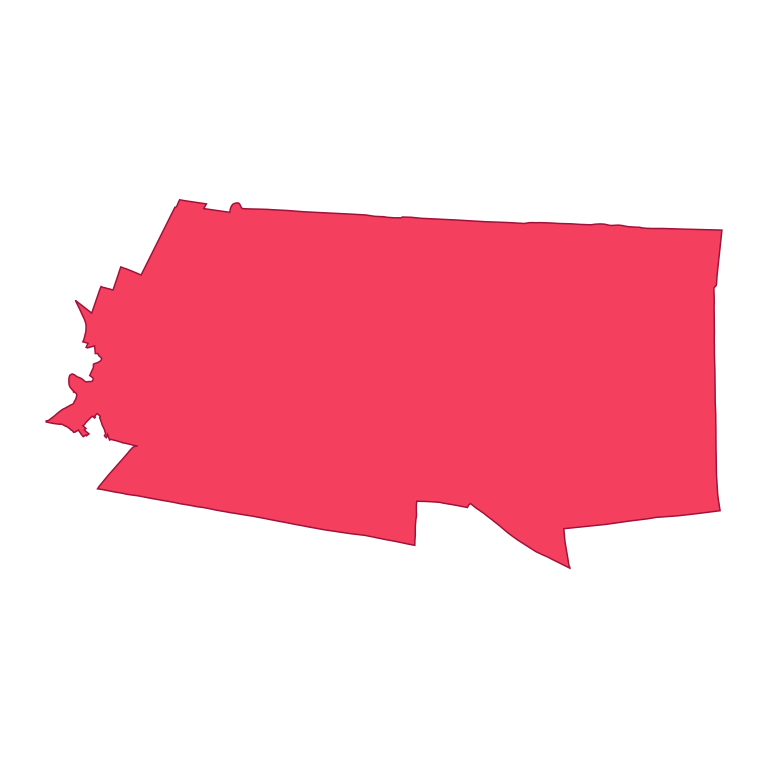 outline of Cuza Voda, Galati, Romania
{"feature_id": "2599482B54089289556757", "entity_name": "Cuza Voda", "entity_type": "district", "adm_level": 2, "iso_a3": "ROU", "parent_name": "Romania", "parent_adm1": "Galati", "projection": "equal_earth", "projection_center": [27.809, 45.588], "detail": "fine", "context": "isolated", "style": "filled", "palette": "rose", "viewbox_px": 768, "rotation_deg": 0, "n_neighbors": 0, "source": "geoboundaries", "source_scale": "gbopen_adm2", "svg_char_len": 5961}
<svg xmlns="http://www.w3.org/2000/svg" viewBox="0 0 768 768"><path d="M75.3,300.3L79.6,309.0L81.9,314.1L84.5,319.5L85.2,321.6L85.9,324.0L86.1,326.6L85.9,331.3L83.9,339.5L82.8,341.8L88.0,343.3L86.1,347.3L87.3,347.9L87.7,347.8L94.6,345.9L95.3,353.6L97.3,353.6L97.9,353.5L98.2,354.5L98.9,355.7L100.4,357.1L101.4,358.2L101.7,358.9L101.1,360.0L100.3,361.1L99.2,361.7L98.1,362.4L96.3,363.1L94.2,363.7L93.9,363.9L93.4,364.3L93.4,366.5L93.3,367.7L89.7,375.5L90.0,375.7L90.3,376.0L91.1,376.5L91.9,377.1L92.8,377.8L93.1,378.5L93.2,379.3L93.1,379.9L92.8,380.2L92.4,380.9L92.0,381.3L91.4,381.5L91.0,381.6L90.8,381.6L90.4,381.6L90.1,381.5L89.4,381.5L88.0,381.6L86.1,382.0L84.3,380.9L83.3,379.9L82.1,379.1L81.6,378.6L79.9,377.8L78.6,377.3L77.9,377.1L76.9,376.7L75.3,375.4L74.4,374.8L72.6,374.0L71.6,374.1L69.7,375.4L69.1,377.5L68.9,378.5L68.9,379.5L68.9,382.6L69.1,384.6L69.2,385.0L69.6,386.3L69.9,386.8L71.0,388.4L71.9,389.4L72.5,390.0L73.6,391.2L73.9,391.6L73.5,391.9L73.9,392.4L74.6,392.0L75.3,392.6L76.3,393.6L76.7,394.4L76.7,395.2L76.7,395.5L76.5,396.7L75.9,398.7L75.1,400.2L74.6,401.0L73.8,402.7L73.3,403.6L72.9,404.1L72.6,404.2L71.5,404.7L70.1,405.3L69.4,405.8L67.8,406.6L66.4,407.4L64.8,408.3L62.7,409.3L60.7,410.7L58.7,412.2L57.4,413.3L54.6,415.8L51.0,418.5L49.9,419.4L48.5,420.4L46.1,421.0L46.2,422.0L52.4,423.3L55.8,423.8L58.5,424.1L59.4,424.2L60.6,424.3L61.2,424.0L62.0,424.3L64.5,425.6L65.9,426.4L66.3,426.4L67.7,427.1L69.1,428.2L70.3,429.3L70.8,429.8L71.4,430.2L72.0,430.5L72.3,430.7L72.7,431.2L72.9,431.4L73.7,432.4L75.3,432.0L76.1,431.4L77.1,430.9L78.3,430.0L79.0,431.1L80.1,432.5L81.4,434.5L83.2,436.7L85.8,435.0L86.5,435.8L89.0,433.9L84.3,430.0L86.0,428.5L82.9,425.8L84.0,425.0L84.8,424.2L85.4,423.0L87.0,421.3L89.6,418.7L92.1,416.2L94.6,418.0L95.4,417.1L94.5,416.2L97.1,413.6L99.1,415.2L99.9,415.9L100.4,416.4L100.2,416.8L99.6,417.5L99.9,418.3L100.5,419.9L101.6,423.1L102.1,424.8L102.3,425.3L102.6,425.8L102.7,426.0L103.7,428.1L104.4,429.6L104.6,430.3L104.7,430.6L105.0,431.7L105.2,432.5L105.6,433.9L105.5,434.2L104.9,435.0L104.4,435.7L104.6,436.0L105.6,437.1L106.2,437.7L106.4,437.4L106.8,436.8L107.1,435.7L107.5,434.5L108.0,435.8L108.5,437.2L109.6,440.0L109.6,440.7L110.0,439.2L114.2,440.2L114.8,440.4L115.4,440.5L116.9,440.9L119.5,441.7L121.7,442.3L121.9,442.6L123.7,443.0L125.0,443.2L127.1,443.7L129.0,444.1L130.4,444.5L131.9,444.8L132.7,445.1L133.9,445.4L135.3,445.6L135.9,445.7L136.5,445.8L137.8,446.1L136.4,446.1L135.6,446.1L135.3,446.2L134.8,446.4L134.3,446.6L133.7,446.8L132.3,447.8L131.4,448.8L130.3,449.9L129.8,450.5L128.6,452.0L127.8,453.0L126.6,454.4L108.3,475.2L99.3,486.1L97.5,488.8L103.1,489.7L115.2,492.1L120.9,493.0L122.6,493.3L126.5,494.2L128.2,494.5L132.6,495.1L137.1,495.7L137.9,495.8L153.4,498.8L156.1,499.2L158.1,499.6L160.3,500.0L163.0,500.5L165.7,500.9L172.9,502.2L177.8,503.2L179.0,503.5L181.8,504.0L183.7,504.3L188.8,505.1L197.7,506.8L202.6,507.4L207.6,508.3L217.1,510.3L227.6,512.1L230.5,512.7L233.4,513.1L235.8,513.5L240.9,514.3L245.6,515.1L252.3,516.1L260.6,517.7L265.9,518.7L269.8,519.5L279.6,521.4L284.8,522.3L286.6,522.7L293.2,524.0L296.7,524.7L301.9,525.6L307.4,526.7L323.3,529.6L323.8,529.7L350.0,533.6L365.1,535.4L383.6,539.2L396.0,541.5L404.6,543.3L407.2,543.9L413.5,545.1L414.8,545.3L414.9,540.5L415.4,534.1L415.3,533.6L415.3,532.5L415.3,531.6L415.3,531.1L415.3,530.1L415.3,526.5L415.9,519.4L416.1,518.2L416.4,516.7L416.5,514.9L416.4,511.4L416.4,510.9L416.3,508.5L416.4,505.1L416.8,501.2L425.8,501.5L430.5,501.7L435.4,502.0L438.6,502.3L440.7,502.4L441.3,502.8L441.6,502.8L442.2,502.9L448.4,504.0L452.9,504.7L454.2,505.0L457.7,505.6L462.1,506.5L466.5,507.3L467.1,507.4L467.5,507.5L468.0,506.4L468.8,504.9L469.1,504.6L470.0,504.0L470.6,503.6L471.0,504.0L471.7,504.5L475.5,507.6L476.4,508.3L478.7,509.8L481.4,511.7L483.0,512.8L484.3,513.7L485.8,515.0L490.2,518.4L492.5,520.1L493.5,521.0L494.7,521.9L498.2,524.7L499.2,525.5L500.8,526.8L501.8,527.7L503.9,529.5L504.9,530.3L507.4,532.4L508.4,533.2L509.0,533.6L510.4,534.7L512.1,536.0L518.0,540.2L523.0,543.4L530.5,548.2L532.6,549.5L534.7,550.9L536.2,551.8L542.2,554.6L546.5,556.5L547.9,557.1L553.0,559.8L555.7,561.1L558.3,562.4L560.5,563.5L562.9,564.7L569.9,568.2L569.8,567.1L569.0,565.8L568.0,559.4L565.0,541.8L563.8,528.7L568.8,528.2L605.8,524.4L629.0,521.1L648.3,518.7L656.0,517.4L677.9,515.8L699.0,513.4L720.1,510.7L718.5,500.4L717.7,494.5L716.5,475.0L716.0,448.1L715.9,430.3L715.7,413.9L715.2,401.6L715.1,389.6L714.9,371.0L714.7,363.7L714.4,352.7L714.4,349.2L714.4,348.3L714.4,345.4L714.3,342.0L714.3,338.7L714.4,331.2L714.3,327.6L714.3,324.0L714.2,313.6L714.1,305.8L714.2,303.5L714.2,298.5L713.9,289.8L713.9,288.8L714.0,287.9L714.5,287.2L715.3,286.5L715.7,286.1L716.2,285.5L716.6,283.5L716.6,282.3L716.7,281.1L716.9,277.5L717.3,273.2L720.7,241.7L721.9,230.1L702.5,229.6L694.8,229.4L682.8,229.1L663.7,228.5L652.5,228.5L646.4,228.3L642.1,227.9L639.5,227.2L636.6,227.2L628.6,226.7L625.4,226.2L622.3,225.5L618.4,225.1L612.6,225.4L610.0,225.4L604.7,224.2L600.2,223.9L595.1,224.2L590.9,224.8L580.0,224.4L571.1,223.8L559.3,223.5L551.0,223.0L540.5,222.6L537.4,222.7L531.1,222.6L528.9,222.7L524.3,223.5L511.3,222.7L504.3,222.4L485.2,221.7L456.4,220.0L421.3,218.3L411.4,217.3L402.4,217.0L401.1,217.8L394.4,217.8L387.2,217.3L383.7,216.7L380.8,216.6L374.5,216.3L366.1,215.0L350.9,214.1L320.3,212.6L303.0,211.7L287.5,210.5L272.3,209.7L267.7,209.4L261.7,209.2L253.1,209.0L248.5,208.9L242.4,208.6L241.3,207.4L240.3,205.3L239.5,203.8L238.6,203.1L237.2,202.9L235.5,203.1L234.0,203.7L232.9,204.2L232.3,204.9L231.3,206.3L230.3,209.0L229.8,212.3L203.8,208.6L206.4,203.9L188.2,201.2L184.2,200.6L180.9,200.0L179.6,199.8L178.2,202.8L176.9,206.0L175.6,207.5L174.9,207.3L141.1,275.0L136.7,273.1L131.9,271.1L127.5,269.3L123.6,268.0L120.8,266.9L120.2,268.6L119.1,271.9L117.1,278.0L113.0,290.0L111.8,289.7L109.7,289.0L108.1,288.7L106.4,288.2L104.8,287.7L103.2,287.4L102.2,287.1L101.1,286.5L100.0,289.0L98.9,292.2L91.7,313.1L75.3,300.3Z" fill="#f43f5e" stroke="#9f1239" stroke-width="1.5"/></svg>